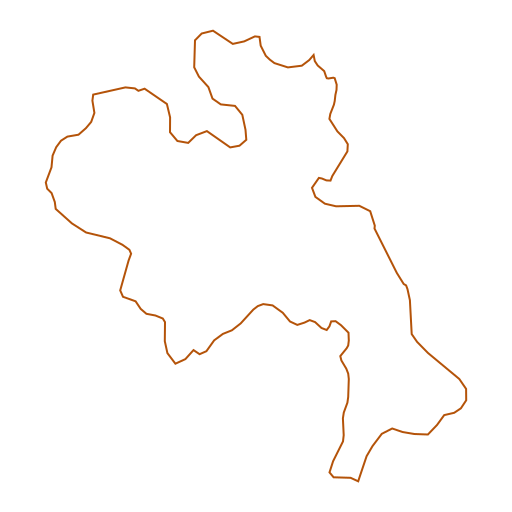 the Province of Balé
{"feature_id": "BFA-2803", "entity_name": "Balé", "entity_type": "Province", "adm_level": 1, "iso_a3": "BFA", "parent_name": "Burkina Faso", "parent_adm1": "", "projection": "equal_earth", "projection_center": [-3.038, 11.667], "detail": "fine", "context": "isolated", "style": "outline", "palette": "amber", "viewbox_px": 512, "rotation_deg": 0, "n_neighbors": 0, "source": "natural_earth", "source_scale": "10m", "svg_char_len": 2137}
<svg xmlns="http://www.w3.org/2000/svg" viewBox="0 0 512 512"><path d="M313.6,55.0L314.8,61.1L317.7,65.5L324.2,71.1L326.1,76.7L326.8,78.2L328.4,78.5L333.3,77.7L334.7,78.2L336.7,84.7L336.5,89.9L335.4,94.9L334.7,101.1L333.9,104.7L330.3,113.9L329.4,118.9L337.4,131.4L344.0,138.1L347.8,144.2L347.4,151.4L332.3,176.0L330.5,180.6L326.4,180.4L321.9,178.5L318.9,177.9L312.0,187.8L315.4,196.9L324.9,203.7L336.1,206.3L359.3,205.8L370.2,211.2L374.8,225.7L374.5,228.5L396.8,272.9L403.7,284.0L406.1,285.4L407.5,289.2L409.9,300.2L411.7,334.1L417.1,341.9L428.0,353.0L459.3,379.0L466.1,388.9L466.2,400.3L460.9,408.3L454.2,412.8L444.2,415.1L437.0,425.0L427.9,434.5L414.2,434.0L402.5,432.0L392.2,428.5L381.8,433.8L372.5,446.1L366.6,456.2L359.8,476.4L358.2,481.3L350.6,477.8L333.6,477.3L329.5,472.4L333.1,461.2L337.2,453.0L343.0,441.4L343.7,435.2L342.9,418.3L343.8,412.5L347.4,402.7L348.2,397.0L348.8,379.0L348.2,373.6L346.3,368.7L341.4,360.5L340.3,356.1L346.7,348.2L348.2,345.5L348.8,340.5L348.5,332.7L341.0,325.2L335.6,321.2L331.2,321.4L329.4,326.4L326.7,330.0L321.5,328.0L315.1,322.1L309.7,320.1L304.5,322.6L297.3,324.9L290.0,321.5L282.8,312.8L272.6,305.4L263.2,304.1L257.8,306.1L253.3,309.6L240.7,323.4L231.9,330.3L222.9,333.9L214.2,340.3L206.4,351.2L199.6,354.2L193.5,350.1L185.4,359.1L175.4,363.7L167.4,353.1L164.8,341.2L165.0,322.1L162.8,318.5L155.4,315.5L146.4,313.8L140.7,308.9L135.6,301.3L123.0,296.8L120.2,290.4L128.6,260.5L131.1,253.7L129.4,249.8L122.6,244.9L110.0,238.3L86.1,232.5L71.9,223.4L55.7,208.9L54.8,202.0L51.6,193.1L47.2,188.7L45.8,182.5L51.5,167.3L52.6,155.6L56.2,147.2L61.0,140.7L67.4,136.6L78.5,134.7L85.9,128.2L91.2,121.9L94.4,112.9L92.4,100.6L93.2,94.6L125.4,87.4L134.9,88.4L138.4,90.8L144.6,88.7L166.9,104.0L170.1,117.4L170.0,132.2L177.4,141.0L188.2,142.9L196.1,135.2L206.9,131.1L230.2,147.4L239.5,145.7L246.3,139.8L245.5,129.8L242.3,114.8L235.0,105.9L220.8,104.4L212.5,98.6L208.4,87.1L198.9,76.6L194.2,67.3L195.0,40.3L201.7,33.5L213.0,30.7L232.8,43.9L244.2,41.4L254.9,36.4L259.5,36.9L260.7,45.7L265.8,55.8L269.9,59.7L274.4,63.1L287.9,67.4L301.8,65.7L309.2,60.1L313.6,55.0Z" fill="none" stroke="#b45309" stroke-width="2"/></svg>